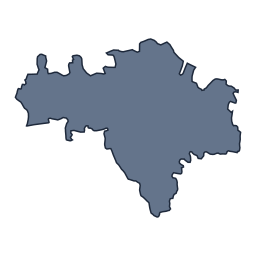 Tala, Al Minufiyah, Egypt
{"feature_id": "37247803B52680576777799", "entity_name": "Tala", "entity_type": "district", "adm_level": 2, "iso_a3": "EGY", "parent_name": "Egypt", "parent_adm1": "Al Minufiyah", "projection": "orthographic", "projection_center": [30.917, 30.67], "detail": "fine", "context": "isolated", "style": "filled", "palette": "slate", "viewbox_px": 256, "rotation_deg": 0, "n_neighbors": 0, "source": "geoboundaries", "source_scale": "gbopen_adm2", "svg_char_len": 5494}
<svg xmlns="http://www.w3.org/2000/svg" viewBox="0 0 256 256"><path d="M169.3,210.4L169.9,209.6L170.2,209.1L170.5,208.9L170.2,208.1L169.7,207.3L169.5,206.8L169.5,206.0L169.6,205.4L169.8,203.5L169.4,201.1L170.2,198.8L171.8,198.4L172.8,198.4L173.4,195.8L174.2,194.3L176.1,193.3L176.4,192.3L176.9,191.0L177.4,190.3L177.7,189.0L177.3,186.1L177.1,184.4L177.2,182.3L176.7,180.2L175.7,178.4L174.7,178.1L172.9,177.8L172.1,176.6L171.9,176.2L172.3,174.5L173.6,172.7L174.9,173.0L178.2,173.6L180.5,173.9L181.5,173.4L181.8,172.4L181.9,171.4L181.5,167.8L182.5,167.5L183.5,167.0L183.3,165.7L181.0,164.4L179.5,163.1L179.3,161.5L180.1,159.7L181.2,159.0L183.4,159.1L184.3,159.1L185.0,160.1L188.0,162.3L190.1,162.3L190.7,160.3L190.5,156.9L190.1,155.4L189.3,153.8L189.9,152.0L190.9,151.6L192.0,152.1L192.4,152.9L194.2,154.5L195.1,154.8L197.0,155.6L198.2,158.4L198.9,158.5L201.3,158.8L203.7,155.8L203.8,153.2L204.6,152.2L206.1,151.7L207.1,152.2L208.9,153.3L209.5,153.7L210.2,154.1L212.5,154.4L214.1,154.3L216.6,153.3L218.2,153.1L218.9,153.5L219.7,153.9L220.4,154.1L222.3,153.9L225.8,154.0L226.4,153.5L227.2,151.5L228.5,150.8L230.0,151.3L232.4,151.6L235.2,152.2L237.1,152.6L237.5,151.5L238.0,151.3L238.4,151.5L239.3,150.8L239.6,149.8L239.9,147.7L239.7,146.4L239.6,145.1L239.5,143.6L239.9,141.6L240.2,139.5L240.1,136.0L240.2,135.2L240.6,132.3L239.4,131.3L237.9,130.2L237.7,127.1L236.5,125.8L234.9,125.5L233.6,125.7L232.6,124.4L232.2,122.8L231.7,121.3L231.5,117.9L232.0,114.9L232.5,111.3L231.2,112.3L227.7,109.1L228.0,106.8L228.1,105.7L228.4,104.2L229.4,102.2L229.5,102.1L230.5,101.4L235.1,103.1L235.9,102.9L236.4,100.3L233.8,95.1L233.1,93.3L234.1,92.0L235.9,91.8L238.0,92.4L238.2,90.0L235.6,90.0L234.2,88.1L231.3,86.2L229.5,86.1L228.0,85.7L226.1,84.2L226.3,81.0L224.8,79.4L223.3,79.9L221.5,79.8L219.2,79.3L217.8,79.0L216.2,78.9L215.1,79.1L213.0,80.5L210.3,83.3L208.2,85.4L207.1,86.9L206.3,87.9L204.2,89.1L204.1,90.0L201.9,90.4L201.5,89.4L200.9,89.1L199.5,88.4L199.2,88.3L197.9,87.2L197.4,85.8L196.7,83.9L196.5,83.4L196.1,83.1L194.2,82.4L193.2,82.0L192.6,81.7L192.1,81.4L192.0,79.2L192.0,77.8L192.1,76.2L192.6,74.2L193.7,70.1L195.6,67.3L188.4,63.8L187.3,63.2L185.4,67.5L184.4,70.1L183.7,71.9L183.0,73.6L182.2,74.4L181.9,74.5L180.6,75.1L180.2,74.7L179.3,73.8L180.5,70.8L181.8,67.2L182.3,66.0L182.5,64.9L182.8,63.6L183.3,61.2L178.8,57.6L178.4,57.2L173.9,52.3L173.4,50.3L172.8,49.4L171.1,46.7L169.8,44.5L168.5,43.5L168.1,43.1L166.9,42.1L165.6,42.7L165.3,42.8L160.8,44.9L157.4,43.6L156.4,42.2L154.3,40.4L150.7,39.0L149.4,39.3L149.0,39.3L148.1,39.5L147.2,39.9L143.7,41.4L140.8,42.4L139.6,43.9L139.6,44.5L139.5,51.3L137.3,52.2L133.7,50.5L133.1,50.2L132.4,49.7L123.1,51.8L122.5,51.7L121.5,51.6L119.2,51.0L118.4,50.2L117.1,50.2L115.0,50.1L113.6,50.0L110.1,51.4L109.0,51.9L106.4,53.0L108.1,54.8L112.9,55.1L114.0,56.4L114.6,58.7L115.3,61.4L115.5,62.5L115.9,64.0L115.1,67.4L110.8,67.3L107.8,67.2L106.2,66.7L105.4,66.4L103.2,68.2L105.2,73.5L103.6,74.0L101.2,73.5L96.6,73.2L90.5,75.8L86.6,73.0L83.2,68.7L82.9,67.6L82.6,66.5L82.1,64.8L82.0,63.0L81.9,61.2L81.8,59.6L81.8,59.0L81.2,57.6L80.8,57.1L79.4,55.8L76.9,55.2L73.5,55.7L72.7,56.0L72.3,56.7L73.6,59.5L72.5,60.1L72.7,62.7L71.9,62.7L70.9,62.9L69.6,62.9L68.8,64.2L68.6,65.8L69.9,72.7L68.9,74.0L66.4,75.4L65.9,75.5L63.6,75.8L61.9,75.0L60.6,74.2L59.9,73.8L58.8,73.2L57.1,72.3L56.6,72.3L54.5,72.3L53.0,72.8L51.1,73.4L48.3,73.6L47.8,72.4L47.6,69.2L44.9,67.6L46.6,61.0L45.7,57.2L45.7,56.0L43.8,55.2L41.8,54.3L40.1,54.4L37.6,56.7L37.2,58.7L37.2,59.2L37.1,64.4L37.3,64.8L38.3,68.0L39.0,69.8L37.1,74.1L30.4,74.3L27.9,74.3L27.3,75.8L27.0,76.4L26.2,79.0L24.9,80.0L25.7,81.6L26.0,83.6L24.4,84.9L23.4,84.4L22.4,84.4L21.6,86.7L21.3,88.7L20.8,89.0L19.0,88.7L18.4,88.6L17.9,89.4L17.8,89.8L17.4,91.0L17.0,93.0L16.9,93.3L16.4,94.6L15.4,97.3L16.8,99.2L18.3,100.3L19.4,101.1L20.8,102.0L22.1,104.0L23.7,106.9L24.6,108.3L25.7,109.0L26.8,110.0L27.1,110.2L27.7,111.5L28.1,112.6L28.4,113.2L28.5,116.9L28.2,119.6L28.1,120.1L27.5,123.0L27.4,123.6L26.5,125.9L26.8,126.0L31.7,125.1L33.8,124.7L43.6,123.4L46.9,123.0L48.5,122.8L49.0,122.5L49.0,122.0L48.3,119.4L48.6,118.6L50.2,118.2L52.1,118.8L53.2,119.0L55.5,119.4L57.8,119.9L61.0,118.7L63.1,117.5L66.4,118.1L67.2,119.1L67.9,119.9L68.1,121.5L66.7,123.5L65.3,128.1L65.5,129.7L65.5,131.2L65.9,135.6L66.0,138.2L66.3,139.2L66.3,139.7L66.8,140.0L68.0,140.3L70.1,140.8L71.1,140.6L72.4,139.9L71.4,139.1L70.4,137.2L71.8,135.5L72.1,134.5L71.6,133.9L70.8,133.1L70.9,130.8L74.0,130.4L78.1,131.5L80.6,132.1L84.2,132.0L84.3,131.4L84.6,129.9L84.3,128.9L84.9,127.3L86.2,125.8L88.0,125.9L88.2,127.7L89.2,128.2L90.0,128.0L92.0,128.8L93.0,130.1L94.1,130.7L96.6,130.7L98.7,130.3L101.3,129.8L102.9,129.4L103.9,129.1L106.0,128.2L107.2,128.2L107.7,128.7L108.0,130.0L106.4,130.8L104.6,131.2L104.0,133.8L104.7,136.4L105.2,138.2L105.1,140.0L104.8,142.8L104.7,143.3L104.7,144.9L105.4,148.0L106.9,149.0L108.4,148.8L109.5,148.6L110.8,148.6L111.3,149.7L111.7,150.4L113.4,155.1L115.6,160.3L116.5,162.7L118.8,165.0L120.2,167.1L121.5,169.2L122.9,170.5L123.3,171.0L124.7,172.7L127.9,178.7L128.4,179.2L129.7,179.5L134.0,180.9L135.8,180.9L136.5,181.4L137.8,182.3L139.6,183.3L140.2,185.4L139.6,190.0L140.1,192.4L140.5,194.2L141.0,195.7L143.3,197.3L145.8,199.7L146.8,200.8L148.0,201.8L149.0,202.9L149.2,204.2L149.7,207.5L150.1,209.4L151.0,212.7L151.5,213.5L151.9,213.6L152.3,213.8L154.1,215.6L155.8,216.4L157.1,217.0L158.1,216.8L158.7,216.3L159.5,214.5L159.5,213.5L160.1,212.4L162.7,211.7L165.8,211.3L167.6,210.8L168.1,210.6L169.3,210.4Z" fill="#64748b" stroke="#1e293b" stroke-width="1.5"/></svg>